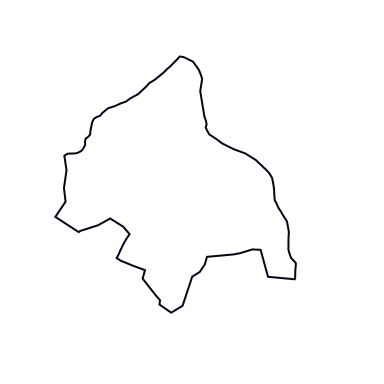 outline of Ibarapa Central, Oyo, Nigeria, rotated 206°
{"feature_id": "59680162B68133263226567", "entity_name": "Ibarapa Central", "entity_type": "district", "adm_level": 2, "iso_a3": "NGA", "parent_name": "Nigeria", "parent_adm1": "Oyo", "projection": "equal_earth", "projection_center": [3.256, 7.422], "detail": "fine", "context": "isolated", "style": "outline", "palette": "ink", "viewbox_px": 384, "rotation_deg": 206, "n_neighbors": 0, "source": "geoboundaries", "source_scale": "gbopen_adm2", "svg_char_len": 1857}
<svg xmlns="http://www.w3.org/2000/svg" viewBox="0 0 384 384"><g transform="rotate(206 192 192)"><path d="M61.4,158.6L61.7,160.2L63.5,164.0L64.9,167.2L66.1,170.5L67.5,173.6L70.8,174.9L74.1,176.2L77.3,179.3L80.1,182.5L85.2,193.2L87.4,198.5L92.2,205.1L93.9,207.3L100.6,211.4L104.3,213.9L107.6,215.8L111.3,219.0L114.1,220.9L116.7,225.4L117.0,225.9L118.7,229.1L120.6,232.2L122.8,235.3L126.2,239.8L131.3,243.0L136.4,244.9L137.6,245.2L140.6,246.2L143.5,247.1L144.8,247.4L148.6,248.7L160.7,250.0L167.3,249.4L172.5,248.8L176.1,248.8L179.0,248.8L186.5,248.9L192.1,250.1L201.9,251.4L206.0,254.4L208.0,255.9L208.4,259.0L209.7,260.8L210.8,262.2L211.1,262.5L214.0,265.3L227.0,283.7L228.8,286.2L232.5,298.2L236.2,302.0L239.9,305.1L248.3,309.6L252.1,309.6L258.7,309.6L262.4,308.4L263.1,306.0L265.8,297.7L267.2,293.9L268.2,292.0L269.6,287.6L271.0,284.4L274.8,276.3L278.1,271.2L279.1,267.5L281.0,262.4L283.4,256.2L286.2,252.4L289.1,248.0L291.0,244.2L294.3,241.1L299.0,235.4L304.2,230.4L305.6,227.3L307.1,224.1L307.5,222.4L308.0,220.3L310.4,217.8L312.3,214.7L312.3,210.9L310.0,202.1L308.7,198.9L309.6,195.8L311.0,193.3L310.1,190.1L308.7,187.6L308.8,182.6L309.7,180.0L311.6,177.5L313.5,175.7L318.2,173.2L320.6,171.9L322.6,168.6L314.3,156.5L308.8,139.4L301.4,127.9L303.9,109.7L276.3,106.3L275.4,108.0L261.9,120.9L253.9,132.3L238.8,130.7L229.7,126.8L229.8,125.2L230.1,123.7L230.3,122.1L230.5,120.1L230.7,117.6L230.8,115.8L230.8,114.2L230.8,112.6L230.8,110.2L230.8,108.7L230.8,107.4L230.7,106.3L230.7,105.6L230.6,104.6L230.6,103.4L230.7,102.4L230.7,101.6L230.7,100.5L230.8,99.6L226.1,99.0L212.3,99.9L200.5,101.1L200.0,101.2L198.4,92.5L179.0,83.1L173.3,80.7L171.9,76.6L157.8,74.4L150.6,85.6L154.7,116.0L150.0,123.5L148.7,132.4L150.1,140.3L127.3,154.1L122.2,157.9L112.5,166.9L112.2,167.0L105.0,170.1L86.5,149.1L61.4,158.6Z" fill="none" stroke="#020617" stroke-width="2"/></g></svg>